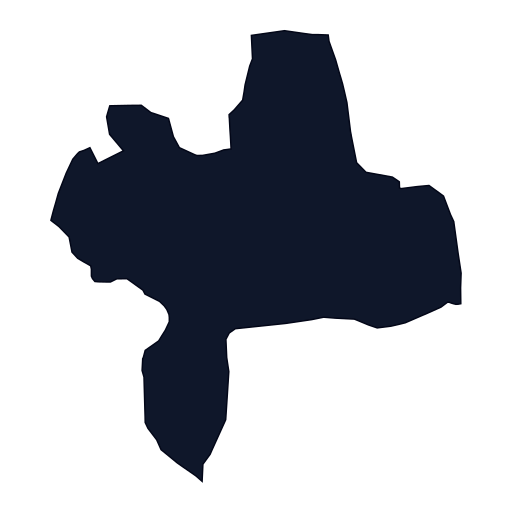 Hays, Al Hudaydah, Yemen
{"feature_id": "15242507B23661917867997", "entity_name": "Hays", "entity_type": "district", "adm_level": 2, "iso_a3": "YEM", "parent_name": "Yemen", "parent_adm1": "Al Hudaydah", "projection": "natural_earth1", "projection_center": [43.487, 13.93], "detail": "fine", "context": "isolated", "style": "filled", "palette": "ink", "viewbox_px": 512, "rotation_deg": 0, "n_neighbors": 0, "source": "geoboundaries", "source_scale": "gbopen_adm2", "svg_char_len": 2219}
<svg xmlns="http://www.w3.org/2000/svg" viewBox="0 0 512 512"><path d="M460.8,303.7L460.6,287.9L461.1,273.1L458.1,253.3L453.9,222.7L453.8,221.7L452.7,219.3L450.5,214.6L443.5,196.1L443.0,195.7L442.6,195.4L442.2,195.1L429.0,185.5L420.3,186.3L417.1,186.6L401.2,188.6L399.5,188.0L399.3,181.8L397.0,180.2L392.4,177.1L366.0,172.3L356.6,162.7L351.2,135.5L351.2,135.2L350.5,131.6L346.9,102.5L344.5,92.0L342.6,84.0L340.9,78.1L339.8,74.5L339.7,74.2L335.6,59.8L329.0,41.3L328.2,35.0L317.5,34.6L316.5,34.6L312.3,34.6L304.0,33.5L284.5,30.7L251.4,35.4L252.5,58.8L249.7,66.1L245.1,84.8L244.1,91.8L242.7,99.9L242.7,100.1L234.1,110.0L229.1,114.6L229.2,117.3L229.3,117.4L230.0,130.2L230.4,136.1L231.1,148.9L230.7,149.0L224.8,149.8L223.8,149.9L214.9,153.2L202.6,155.4L196.9,155.5L194.9,154.8L180.1,148.0L179.4,147.7L173.4,136.7L168.9,120.1L168.9,119.9L168.4,118.4L153.8,113.5L150.9,112.6L141.3,105.3L129.6,105.4L109.8,105.8L107.7,112.9L106.6,116.8L109.6,134.3L123.5,150.8L111.3,156.9L97.9,163.6L89.9,147.7L84.0,150.4L83.1,150.7L79.4,151.9L77.7,153.5L76.8,154.5L72.8,159.2L66.2,173.2L58.3,193.5L55.6,203.2L55.5,203.5L53.5,210.4L52.6,213.8L50.9,220.3L51.1,220.5L59.0,226.6L69.1,237.0L70.6,244.7L72.0,252.1L77.7,258.3L84.1,262.1L90.7,265.8L90.9,266.8L91.4,269.1L91.4,272.2L91.4,276.1L92.5,278.6L94.9,281.5L98.4,281.8L107.9,282.0L110.4,282.0L116.8,278.8L127.0,278.7L134.0,283.7L135.9,285.1L142.9,290.1L143.4,291.0L145.0,294.1L159.6,301.4L164.2,305.8L166.8,309.4L169.0,314.5L169.3,317.4L169.3,321.8L165.3,330.3L162.0,335.5L158.7,340.9L149.6,347.3L145.2,350.4L145.0,351.2L143.3,357.6L143.2,357.7L142.7,358.7L142.1,370.5L144.0,377.1L144.4,392.0L145.1,416.9L145.2,422.5L148.0,428.4L156.7,439.8L161.1,449.7L162.6,450.9L170.7,457.5L177.0,462.7L183.1,467.0L195.8,475.8L202.1,481.3L202.9,464.2L210.1,454.3L212.2,449.5L225.4,420.4L225.7,419.6L227.4,393.5L228.8,371.6L226.7,357.5L225.9,339.3L229.2,333.0L235.3,328.7L285.8,323.4L311.7,319.6L323.6,317.2L335.1,318.1L354.4,319.1L358.8,320.9L368.4,324.9L377.2,327.9L379.5,327.6L390.8,326.2L399.1,324.3L403.9,323.1L405.2,322.8L423.2,315.0L425.4,314.1L441.0,307.1L447.5,302.2L449.3,302.3L451.1,303.0L453.4,303.7L455.9,304.3L458.1,304.2L460.8,303.7Z" fill="#0f172a" stroke="#020617" stroke-width="1.5"/></svg>